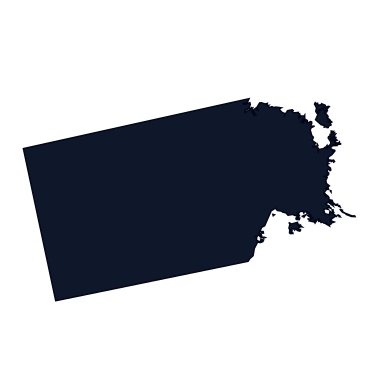 SVG path tracing the border of Northern Territory, rotated 78°
{"feature_id": "AUS-2650", "entity_name": "Northern Territory", "entity_type": "Territory", "adm_level": 1, "iso_a3": "AUS", "parent_name": "Australia", "parent_adm1": "", "projection": "natural_earth1", "projection_center": [133.869, -18.484], "detail": "fine", "context": "isolated", "style": "filled", "palette": "ink", "viewbox_px": 384, "rotation_deg": 78, "n_neighbors": 0, "source": "natural_earth", "source_scale": "10m", "svg_char_len": 5813}
<svg xmlns="http://www.w3.org/2000/svg" viewBox="0 0 384 384"><g transform="rotate(78 192 192)"><path d="M112.6,116.8L115.9,119.2L116.1,122.0L115.3,124.2L116.5,123.1L116.4,124.5L117.3,121.8L116.6,116.2L117.2,117.3L118.3,116.7L121.0,118.2L122.7,120.7L123.0,123.1L124.3,122.4L124.6,123.7L125.5,123.4L123.4,118.4L124.1,116.1L126.5,116.7L129.1,115.1L129.9,115.6L129.9,113.6L126.7,115.8L126.1,115.8L126.7,114.7L125.4,115.2L124.4,114.5L123.0,111.6L125.2,111.2L126.5,109.9L124.4,110.8L122.0,110.2L118.9,107.3L119.1,105.7L121.2,101.9L121.0,99.9L122.9,100.8L123.2,98.8L123.7,99.6L125.5,98.7L125.1,96.1L126.9,93.9L126.3,93.9L126.4,92.2L128.2,87.2L128.6,88.8L129.6,89.2L132.5,87.7L134.6,84.9L136.0,85.3L132.3,81.6L132.4,76.9L133.3,76.1L134.1,77.0L135.7,76.2L136.3,71.4L137.2,71.6L138.0,70.4L139.2,71.0L139.0,69.8L140.5,72.2L142.3,72.0L140.0,70.5L141.0,70.0L140.3,69.5L141.0,66.5L140.3,65.8L143.9,66.5L144.1,69.6L144.4,68.6L146.0,70.7L146.2,69.9L147.2,70.4L145.5,68.1L147.2,68.6L145.7,66.8L144.7,66.7L144.7,65.8L146.1,64.3L148.7,65.2L147.7,61.4L148.2,60.5L149.6,60.5L152.3,62.4L153.0,58.4L153.9,62.0L155.7,63.5L161.7,63.1L163.7,61.9L166.5,63.8L169.9,60.7L170.4,62.2L172.2,62.0L173.0,63.8L172.4,65.3L173.4,63.7L173.3,60.7L175.5,59.4L177.5,60.3L178.9,60.2L176.7,58.9L177.0,54.3L176.0,53.0L177.8,50.3L175.7,49.4L174.2,46.6L172.0,45.8L167.3,47.6L166.2,46.8L166.2,45.5L164.5,45.0L165.0,44.1L161.3,43.2L161.7,42.2L162.6,42.5L162.2,41.0L163.1,41.4L163.4,40.4L164.4,42.0L165.1,41.5L165.1,39.5L167.0,41.5L167.5,41.1L167.3,43.7L167.9,43.1L168.5,45.2L169.1,45.3L168.8,44.1L169.6,44.1L168.8,43.1L168.3,39.4L170.5,42.4L170.4,40.2L171.5,39.3L172.2,42.7L173.3,41.2L173.9,41.6L177.4,47.3L178.5,47.3L180.2,45.1L181.3,45.5L180.8,43.8L181.6,43.7L184.5,47.3L186.2,51.4L187.8,51.9L189.3,51.0L188.9,52.5L190.4,51.8L190.4,52.7L191.7,53.2L192.6,52.3L192.6,54.7L193.1,53.6L194.8,53.8L197.4,51.6L199.4,51.7L199.8,52.5L198.2,53.5L198.2,54.5L199.9,55.7L201.9,54.3L202.5,56.0L203.4,55.0L204.4,56.4L204.3,59.1L206.0,56.8L208.5,58.7L211.5,58.8L214.6,56.4L216.2,60.1L218.1,60.5L219.9,62.9L221.3,62.5L222.5,63.7L221.7,62.2L224.8,62.4L222.6,61.4L224.4,59.8L226.0,59.2L226.8,59.8L228.2,58.8L229.1,59.5L231.3,57.9L229.0,58.7L228.7,58.0L229.3,56.6L231.8,56.3L234.2,54.3L234.2,52.4L235.3,52.9L234.7,54.4L231.4,57.5L234.9,56.8L230.2,60.9L231.6,63.9L234.3,60.6L234.8,61.3L237.3,58.8L235.2,61.9L235.9,63.0L237.4,62.3L236.1,65.0L236.8,66.9L240.8,66.6L242.9,62.4L239.5,61.0L246.4,55.2L244.7,57.2L245.8,57.3L248.1,62.9L249.6,63.0L249.7,62.2L248.4,61.7L249.9,60.9L251.9,62.1L252.8,64.7L253.8,64.6L250.0,68.7L250.6,66.9L249.5,67.3L249.9,69.4L248.8,70.2L248.6,72.2L247.1,72.3L247.2,74.7L246.3,72.9L245.8,74.1L244.7,73.5L245.0,75.1L248.0,78.1L246.6,78.5L246.2,77.4L245.1,77.7L246.4,79.4L244.7,83.2L244.2,82.7L242.0,84.5L243.2,82.8L242.9,79.5L242.2,79.1L241.8,81.5L240.8,80.9L240.7,82.3L239.1,83.6L239.0,80.7L237.3,82.9L237.3,84.6L236.5,82.6L235.6,84.1L235.3,83.5L234.8,84.1L234.3,85.8L235.8,87.0L233.8,87.6L233.6,90.6L235.0,92.1L234.3,92.9L235.8,93.5L237.0,91.7L237.7,91.9L236.1,96.8L234.9,98.0L234.7,102.9L232.0,104.4L230.4,107.7L229.4,108.2L227.8,112.4L225.1,113.8L226.9,118.5L240.2,128.0L241.0,131.2L245.5,134.5L246.7,134.3L248.9,137.4L248.8,139.0L250.1,138.2L252.5,138.9L253.7,137.5L260.2,142.8L267.0,145.5L269.1,149.3L271.4,151.5L270.0,347.9L114.5,347.9L112.6,116.8ZM157.2,45.3L157.1,46.6L156.1,47.0L156.1,49.2L154.6,48.7L152.9,51.8L147.0,56.1L138.8,50.2L136.5,41.0L137.0,40.0L139.1,42.9L140.4,42.7L140.0,45.0L141.6,43.6L142.3,45.8L142.8,44.8L146.3,43.2L147.8,44.0L148.1,45.3L148.6,43.3L150.4,42.0L151.6,45.1L151.3,41.9L152.6,40.7L153.0,42.5L155.3,42.0L156.1,44.9L157.2,45.3ZM253.6,101.9L253.1,104.6L252.2,105.1L249.2,104.2L247.6,104.7L243.8,102.9L242.0,103.6L244.0,101.4L243.6,95.1L245.4,95.4L245.7,94.4L246.8,95.0L247.4,94.2L246.4,92.4L247.3,93.0L249.0,91.6L248.3,93.6L249.1,94.0L249.2,95.5L250.7,95.8L251.2,93.7L252.3,93.9L252.7,94.8L251.4,97.1L249.9,97.7L249.8,98.8L250.6,99.5L248.8,100.4L248.7,101.5L249.3,102.8L250.2,102.0L251.9,103.2L252.5,101.9L253.6,101.9ZM137.9,51.3L141.0,52.3L141.1,53.4L138.8,54.2L135.7,52.7L131.5,53.9L130.3,52.9L131.2,52.4L131.3,50.7L133.3,50.8L133.5,47.3L132.6,46.9L134.7,43.8L136.1,43.4L137.1,45.8L136.8,47.5L138.2,49.0L137.9,51.3ZM174.1,40.1L174.5,38.6L173.7,37.4L175.2,37.5L176.1,36.1L175.8,40.0L176.7,40.4L176.1,43.9L174.1,40.1ZM255.3,133.1L255.7,135.6L255.1,137.1L253.5,134.3L252.7,134.5L253.8,131.9L255.3,133.1ZM250.0,37.6L249.1,41.1L245.9,46.0L244.9,46.1L248.6,40.5L249.2,37.8L250.0,37.6ZM241.4,92.8L240.5,95.7L239.8,95.8L239.4,94.0L239.1,95.5L238.4,95.1L238.3,93.1L239.2,93.5L239.8,92.0L241.4,92.8ZM242.1,49.3L244.9,46.3L243.1,49.0L239.5,51.0L241.1,48.6L242.1,49.3ZM247.1,130.7L246.6,132.7L245.0,132.6L245.5,130.6L247.1,130.7ZM176.5,50.2L176.8,51.1L175.8,51.7L174.5,50.2L176.5,50.2ZM240.7,58.0L242.0,57.2L241.2,58.3L238.7,58.7L238.7,57.8L240.7,58.0ZM248.0,133.3L248.8,134.1L247.9,135.7L247.1,134.4L248.0,133.3ZM250.3,132.9L250.9,133.7L250.0,133.5L250.2,134.5L249.1,135.0L249.1,133.0L250.3,132.9ZM238.8,89.8L238.0,85.6L239.9,87.7L239.1,88.0L238.8,89.8ZM121.5,115.4L123.0,117.2L123.1,118.8L121.5,115.4ZM189.6,49.6L191.8,49.2L189.6,50.5L189.6,49.6ZM235.6,51.4L236.1,50.5L237.4,50.2L236.5,51.5L235.6,51.4ZM252.0,131.7L251.2,132.7L251.1,131.0L251.8,129.9L252.0,131.7ZM191.7,46.2L192.3,47.2L190.2,48.1L190.2,46.9L191.7,46.2ZM231.4,116.1L232.1,117.5L230.7,117.6L231.4,116.1ZM216.1,58.3L217.4,58.9L217.0,59.9L216.1,58.3ZM171.5,59.5L172.8,59.2L172.7,60.2L171.5,59.5ZM247.1,52.2L246.7,53.3L245.6,53.2L245.8,52.9L247.1,52.2ZM123.5,115.9L123.4,116.8L122.9,115.5L123.5,115.9ZM217.9,57.8L217.7,58.6L217.0,57.9L217.9,57.8ZM220.8,56.0L219.7,56.5L219.5,56.3L219.6,55.8L220.8,56.0ZM245.0,55.2L244.9,53.6L245.2,53.3L245.0,55.2ZM250.9,59.1L251.1,60.2L250.9,60.3L250.5,59.7L250.9,59.1Z" fill="#0f172a" stroke="#020617" stroke-width="1.5"/></g></svg>